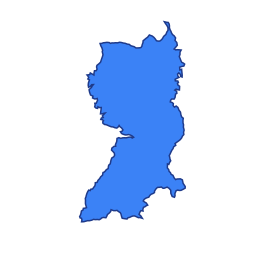 the district of Bofete, São Paulo, Brazil, rotated 337°
{"feature_id": "56859067B50203748010191", "entity_name": "Bofete", "entity_type": "district", "adm_level": 2, "iso_a3": "BRA", "parent_name": "Brazil", "parent_adm1": "São Paulo", "projection": "natural_earth1", "projection_center": [-48.291, -23.129], "detail": "fine", "context": "isolated", "style": "filled", "palette": "blue", "viewbox_px": 256, "rotation_deg": 337, "n_neighbors": 0, "source": "geoboundaries", "source_scale": "gbopen_adm2", "svg_char_len": 4755}
<svg xmlns="http://www.w3.org/2000/svg" viewBox="0 0 256 256"><g transform="rotate(337 128 128)"><path d="M105.9,216.7L105.4,213.7L104.4,211.8L106.2,210.0L107.6,209.1L109.4,210.3L109.8,208.8L111.2,207.1L112.9,207.1L114.5,206.7L116.0,206.7L115.5,204.1L114.2,202.4L113.5,201.1L115.0,200.0L116.9,199.6L118.3,199.6L120.1,199.8L121.7,198.6L123.5,198.0L125.2,198.1L127.1,197.8L127.8,196.4L129.9,195.0L131.9,194.2L134.1,195.0L135.7,195.4L136.7,197.2L137.9,197.6L140.9,197.7L142.2,199.5L143.0,202.0L141.9,204.9L141.9,208.3L143.7,209.9L144.8,208.8L145.5,206.8L147.8,204.5L149.6,204.6L150.7,205.5L152.4,206.1L154.6,206.0L157.1,205.7L157.8,204.2L157.1,200.5L157.8,197.0L156.4,195.3L154.5,194.6L153.2,194.1L151.7,194.1L151.0,192.1L150.9,189.1L149.6,187.5L149.6,185.6L148.9,184.1L149.2,182.2L148.6,180.2L149.5,178.2L150.3,176.5L151.3,177.5L152.8,176.0L154.5,174.9L154.5,173.0L154.9,171.5L155.2,169.5L156.8,168.2L158.3,166.8L160.1,165.3L161.3,164.7L162.7,163.1L165.2,162.6L165.2,160.7L167.6,160.1L169.5,159.7L171.6,159.1L173.5,158.1L175.0,156.7L176.8,155.9L177.5,153.6L178.8,151.9L179.1,150.4L179.3,148.9L180.4,146.7L180.6,144.9L181.6,142.4L182.7,140.6L181.7,138.7L181.9,136.3L182.5,133.9L181.9,131.4L182.0,128.6L180.9,126.6L178.9,126.9L178.3,125.0L179.3,123.2L178.5,121.7L177.1,120.5L178.1,119.1L179.6,118.4L181.8,119.4L183.3,118.2L184.3,116.5L185.1,115.3L186.5,115.2L187.1,113.1L185.9,111.4L187.5,111.0L188.9,112.3L190.2,113.1L191.0,111.5L191.8,109.8L190.7,107.8L191.0,106.1L192.2,105.8L192.2,104.2L190.0,103.1L190.4,101.6L192.9,101.4L194.8,101.3L194.2,99.8L194.7,97.7L196.3,97.1L197.1,99.1L196.7,101.2L197.7,102.2L198.5,100.6L199.1,98.7L199.8,96.4L200.3,94.9L198.4,94.8L199.3,92.2L201.8,92.4L203.6,92.8L205.1,91.3L204.4,90.0L203.1,88.5L203.0,86.2L203.1,84.4L203.1,82.3L204.6,80.6L205.5,78.5L207.4,77.0L205.2,75.8L203.8,75.1L202.5,74.8L201.3,73.3L203.8,72.1L205.7,71.1L206.3,68.4L205.5,65.7L207.0,63.7L206.5,61.2L205.5,59.4L205.2,57.5L205.3,55.9L205.1,53.8L205.3,51.9L206.1,50.1L206.5,48.4L206.3,46.6L204.9,45.8L203.0,44.4L203.3,46.4L203.9,49.0L204.0,51.3L203.0,53.7L201.3,54.8L199.3,56.8L197.7,57.2L196.5,57.7L195.0,58.9L193.5,59.8L191.2,60.4L189.7,59.8L188.3,58.8L187.9,56.7L187.3,54.8L186.3,52.9L184.0,50.7L181.5,52.1L179.7,52.5L177.7,53.1L176.0,53.6L175.1,55.3L173.5,57.0L172.6,58.3L171.3,59.0L169.9,58.7L168.2,58.1L166.6,57.4L165.4,55.5L164.0,54.4L162.8,53.4L161.8,51.5L160.1,50.5L158.6,49.0L156.8,47.9L155.3,46.7L153.8,45.8L151.5,45.5L150.0,44.7L147.9,44.1L146.5,43.4L145.0,43.3L144.1,42.0L142.0,40.9L140.1,40.4L138.5,39.9L137.0,39.9L135.3,39.3L135.1,41.7L135.3,44.0L135.0,46.6L134.1,47.7L133.6,50.8L132.1,52.6L130.7,54.1L129.5,55.5L128.4,56.7L126.4,57.5L123.9,58.2L122.9,59.5L122.5,61.8L121.0,62.8L119.5,62.2L118.1,64.3L117.3,65.9L116.1,64.3L114.8,62.6L113.6,63.9L111.0,63.2L111.4,64.6L111.6,66.1L110.2,67.2L111.3,68.7L110.3,69.8L109.2,71.0L108.1,73.0L107.6,75.1L109.6,74.9L111.6,73.9L113.1,74.5L111.2,75.5L110.2,76.4L108.6,76.9L107.1,77.6L106.6,80.1L106.4,83.0L108.2,85.0L107.1,86.5L108.6,88.2L110.0,88.7L111.2,88.8L110.8,90.6L108.4,92.8L107.1,92.3L106.8,93.9L105.6,95.5L106.3,97.1L107.7,98.1L108.6,96.7L109.8,98.1L111.4,98.7L110.4,100.5L109.3,102.3L108.2,104.2L109.8,104.9L111.4,105.0L112.7,105.3L109.1,106.9L109.3,108.7L107.4,108.4L106.3,109.5L107.6,110.3L108.3,111.7L107.1,112.5L106.8,114.0L107.9,115.7L109.2,116.4L111.6,118.9L113.0,120.3L114.7,121.2L116.0,122.6L117.7,123.7L119.6,123.1L120.8,122.2L121.1,123.7L122.1,125.4L122.6,127.8L121.1,128.7L119.6,128.4L119.9,130.5L121.1,131.9L122.8,133.3L124.3,133.9L125.8,134.2L127.4,135.4L128.6,136.8L129.6,138.7L128.0,138.9L127.1,137.5L125.6,136.9L124.2,136.6L122.4,136.3L120.9,135.6L119.4,135.0L117.3,134.7L115.8,133.3L113.8,133.3L113.1,134.7L112.1,136.3L110.0,138.3L109.5,140.0L108.1,139.4L105.3,140.2L104.2,141.9L105.1,144.2L105.6,145.8L105.0,147.9L103.7,148.9L101.3,149.3L99.6,151.2L97.7,154.0L95.7,154.7L94.7,156.1L93.9,157.6L91.7,157.9L90.4,158.7L88.8,159.3L87.6,159.2L86.1,161.5L83.7,162.3L82.1,163.5L80.0,164.4L78.3,166.0L76.5,165.6L75.9,167.0L74.8,168.4L73.1,169.3L71.6,170.3L69.9,169.8L68.8,170.8L67.6,169.8L66.1,170.8L64.5,172.3L63.3,173.7L62.3,175.1L61.2,176.1L60.6,178.0L59.9,179.5L59.2,181.2L58.9,183.6L58.7,185.1L57.2,185.0L55.5,184.5L54.7,185.8L52.7,186.2L51.4,188.2L50.0,189.8L48.9,190.6L48.8,192.1L49.9,192.9L49.7,194.6L48.6,196.2L50.7,197.0L54.5,197.5L56.4,198.3L58.7,198.7L60.5,198.6L62.2,199.6L64.0,200.2L65.7,201.2L67.4,201.0L68.7,200.5L70.4,200.7L72.6,202.0L73.9,201.0L75.3,199.6L77.7,198.9L79.4,198.1L80.5,196.6L82.5,198.5L84.5,199.3L85.7,199.5L86.6,201.2L87.8,202.8L87.9,204.5L87.5,207.1L87.4,208.8L89.5,210.2L91.6,211.4L92.9,210.6L94.6,210.9L96.5,210.8L98.1,210.9L99.8,211.6L101.2,213.1L102.5,214.6L104.0,215.1L105.9,216.7Z" fill="#3b82f6" stroke="#1e3a8a" stroke-width="1.5"/></g></svg>